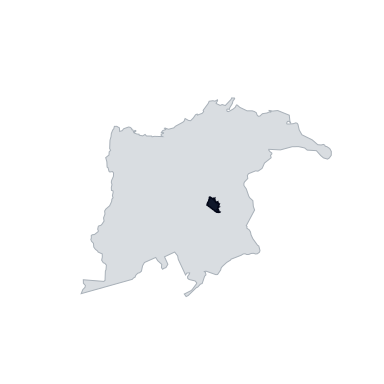 Orocué, Casanare, Colombia shown in context, rotated 65°
{"feature_id": "7082276B28249229297744", "entity_name": "Orocué", "entity_type": "district", "adm_level": 2, "iso_a3": "COL", "parent_name": "Colombia", "parent_adm1": "Casanare", "projection": "robinson", "projection_center": [-71.616, 4.911], "detail": "fine", "context": "in_parent", "style": "filled", "palette": "ink", "viewbox_px": 384, "rotation_deg": 65, "n_neighbors": 0, "source": "geoboundaries", "source_scale": "gbopen_adm2", "svg_char_len": 6799}
<svg xmlns="http://www.w3.org/2000/svg" viewBox="0 0 384 384"><g transform="rotate(65 192 192)"><path d="M216.7,58.4L213.5,59.9L207.1,61.8L202.7,69.9L199.7,71.3L196.0,76.1L193.3,82.0L191.2,94.1L185.8,104.3L186.2,104.8L188.4,104.3L190.4,103.2L191.2,103.5L191.9,105.3L194.4,105.8L196.4,114.1L200.1,118.3L200.5,119.9L201.0,123.4L199.7,125.5L199.3,133.1L200.5,134.9L203.3,135.7L205.2,140.4L206.4,141.5L208.1,142.2L212.2,141.5L219.7,142.3L221.4,142.2L225.6,140.5L230.9,142.5L234.8,142.9L245.5,157.1L246.5,156.7L247.9,157.6L250.6,156.1L252.9,155.9L255.9,156.6L260.0,156.6L268.0,155.1L269.2,154.3L273.7,155.1L275.0,156.2L275.6,158.8L275.1,160.5L273.6,162.1L272.7,164.3L272.6,166.9L271.8,168.8L270.4,170.0L269.8,171.8L270.1,174.2L269.4,185.0L270.0,185.9L270.5,190.3L272.3,196.0L273.2,197.7L274.8,199.0L277.6,203.7L277.0,205.3L269.7,212.7L269.3,214.4L270.7,213.8L273.0,214.4L273.7,216.2L279.2,221.4L279.1,223.4L280.7,227.2L280.4,228.1L284.2,239.1L284.3,241.5L281.2,242.1L281.0,234.7L280.6,233.2L277.0,226.6L276.3,226.1L273.9,226.8L270.0,231.7L268.2,232.4L266.7,231.7L265.2,228.9L264.3,228.3L263.3,230.8L264.5,232.9L247.2,232.9L243.8,232.0L239.1,233.1L239.1,244.3L247.3,244.4L249.5,247.6L249.3,250.2L249.7,251.2L247.7,251.7L244.8,250.0L239.8,252.1L236.0,252.6L235.8,264.9L238.0,268.0L242.4,271.3L243.0,273.5L242.7,275.6L243.8,278.3L245.2,279.7L245.2,281.3L245.9,283.1L237.3,335.4L234.3,332.2L233.2,329.3L231.7,328.1L228.8,329.0L225.6,327.6L235.7,309.8L235.4,308.2L227.0,303.9L226.1,302.8L222.1,300.5L219.9,301.1L218.6,302.3L215.6,302.7L213.1,300.8L210.2,299.5L206.7,302.5L205.6,302.5L203.1,303.8L200.4,304.3L196.9,303.0L194.1,303.9L192.1,303.7L191.4,302.8L188.9,301.7L188.6,300.5L189.3,298.3L188.3,294.0L187.8,293.3L185.9,293.2L183.7,291.6L183.3,290.7L183.7,288.9L183.3,287.5L181.2,284.0L178.1,283.1L175.2,280.2L172.3,279.2L171.0,277.2L169.7,272.5L166.7,268.9L164.6,267.6L163.9,266.0L161.7,265.7L158.7,263.4L157.4,263.2L156.5,264.3L153.8,263.2L151.5,261.4L149.0,261.0L147.5,259.9L144.6,256.6L141.5,255.0L139.8,255.5L139.2,258.0L138.1,258.5L134.6,257.8L134.0,258.4L133.0,258.2L128.7,256.4L124.4,255.7L123.4,251.6L120.6,250.1L119.8,248.1L117.9,248.3L110.5,244.5L107.5,241.9L104.9,240.4L102.2,237.5L101.8,236.3L99.7,234.6L100.7,232.4L103.2,230.7L106.5,232.0L106.9,229.4L105.8,227.1L106.3,222.0L107.2,220.8L109.0,219.8L110.1,220.2L110.8,219.3L113.5,219.7L114.3,219.3L116.3,217.3L117.2,215.6L118.2,215.8L120.3,213.0L120.0,210.2L122.0,209.6L124.2,205.0L125.1,204.9L125.6,202.7L129.4,195.2L128.0,196.1L126.5,195.5L126.8,193.0L126.3,192.7L125.1,194.6L124.0,192.6L124.3,189.4L122.6,190.0L122.7,189.3L125.2,186.8L126.2,181.3L125.4,179.3L124.9,170.9L124.5,169.3L122.5,167.2L125.7,164.9L126.8,163.1L125.4,159.4L123.5,156.2L123.5,154.4L124.6,154.5L125.0,149.4L124.0,147.4L122.7,147.4L118.5,139.7L117.0,138.1L118.1,134.5L119.4,132.8L119.2,130.0L120.0,130.2L121.8,132.7L122.5,132.3L125.4,129.9L125.5,127.7L127.7,125.3L124.6,117.5L123.5,116.3L124.8,113.8L125.5,113.9L126.8,116.4L128.8,118.0L131.7,122.3L133.0,123.3L132.0,124.3L131.9,125.3L132.3,125.9L133.9,126.0L134.6,124.8L134.2,119.5L133.5,116.9L131.9,115.0L132.4,114.2L135.5,112.9L141.7,107.8L143.9,103.1L145.5,101.4L147.4,100.2L149.6,100.5L151.4,99.9L151.9,98.4L150.8,95.1L152.1,90.6L152.1,88.3L152.9,86.9L152.6,86.4L150.4,88.0L152.7,84.8L154.4,79.9L163.5,71.4L169.4,73.4L171.3,73.3L168.8,74.4L168.4,75.6L169.3,76.9L170.2,77.3L170.9,76.5L172.9,71.4L173.2,68.7L174.1,67.7L175.4,67.4L181.1,68.6L186.6,68.2L195.6,61.0L202.3,58.0L204.0,55.0L204.4,52.8L205.6,51.9L206.9,51.9L207.7,50.7L210.8,48.8L214.1,48.6L217.6,50.3L219.2,53.2L219.5,55.2L216.7,58.4ZM113.6,218.8L113.2,219.2L112.4,218.5L112.1,217.6L112.6,217.0L113.2,217.2L113.6,218.8Z" fill="#d9dde1" stroke="#a8b0b8" stroke-width="1"/><path d="M211.5,183.2L211.8,183.1L212.2,182.7L212.4,182.7L212.5,182.6L212.9,182.1L213.1,182.0L213.7,182.0L213.7,181.9L213.8,181.7L214.1,181.6L214.3,181.5L214.8,181.4L215.1,181.2L215.5,180.9L215.7,180.7L215.8,180.7L215.9,180.8L216.3,180.7L216.6,180.5L216.9,180.2L217.1,180.0L217.2,179.9L217.3,179.9L218.0,179.6L218.4,179.6L218.6,179.5L218.9,179.3L219.1,179.2L219.3,178.9L219.6,178.8L219.9,178.6L220.0,178.6L220.2,178.3L220.4,178.3L220.5,178.1L220.8,178.1L221.0,177.8L221.0,177.5L221.3,177.2L221.4,176.9L221.6,176.8L221.6,176.5L221.8,175.9L221.8,175.7L222.1,175.5L222.1,175.3L222.0,175.1L221.9,175.2L221.8,175.3L221.7,175.6L221.6,175.8L221.5,176.0L221.5,175.9L221.5,176.0L221.4,176.0L221.2,176.1L221.0,176.4L220.9,176.3L220.8,176.2L220.8,176.3L220.7,176.3L220.6,176.2L220.4,176.1L220.2,176.2L219.9,176.1L219.7,176.1L219.4,175.9L219.4,176.0L219.2,176.0L218.9,176.2L218.7,176.2L218.6,176.3L218.6,176.2L218.5,176.3L218.4,176.4L218.3,176.2L218.2,176.0L218.0,175.7L217.9,175.7L217.8,175.4L217.6,175.3L217.4,175.2L217.2,175.2L216.9,175.1L217.0,175.0L216.9,174.8L217.0,174.7L216.9,174.5L217.0,174.3L217.0,174.2L216.9,174.0L216.9,173.9L216.8,174.0L216.7,174.0L216.4,174.0L216.3,173.9L216.2,173.8L215.9,173.7L215.7,173.5L215.4,173.6L215.2,173.4L215.1,173.2L215.0,172.9L214.9,172.9L214.7,172.7L214.7,172.8L214.6,172.7L214.4,172.7L214.4,172.8L214.4,172.7L214.4,172.8L214.2,172.8L214.2,172.7L214.2,172.8L213.9,172.8L213.9,172.7L213.7,172.7L213.7,172.8L213.5,173.0L213.4,173.1L213.3,173.3L213.1,173.2L213.1,173.3L213.0,173.2L212.9,173.2L212.8,173.3L212.7,173.3L212.4,173.4L212.2,173.4L212.2,173.1L212.0,172.9L211.9,172.9L211.7,172.8L211.7,173.0L211.7,173.5L211.8,173.6L211.7,173.8L211.8,174.0L212.0,174.3L212.0,174.5L211.9,174.6L211.6,174.5L211.3,174.4L211.2,174.5L210.9,174.5L211.1,174.9L211.1,175.0L211.0,175.3L210.9,175.5L211.0,175.3L210.8,175.1L210.7,175.0L210.5,174.8L210.4,174.9L210.0,174.9L209.9,174.9L209.7,175.0L209.5,174.9L209.3,174.7L209.1,174.6L209.0,174.8L208.9,174.9L208.9,174.6L208.6,174.5L208.3,174.5L208.0,174.3L207.8,174.2L207.3,174.3L207.2,174.2L207.2,174.3L207.1,174.5L207.0,174.8L207.0,175.0L206.9,175.3L206.7,175.4L206.8,175.6L207.0,175.7L207.1,175.8L207.3,175.9L207.4,176.0L207.2,176.1L206.7,176.1L206.4,176.4L206.2,176.5L205.8,176.8L205.6,176.9L205.5,177.0L205.4,177.0L205.2,177.1L204.9,177.5L204.5,177.6L204.3,177.7L204.3,177.8L204.1,178.1L204.2,178.3L204.2,178.5L204.4,178.5L204.5,178.5L204.8,178.5L205.0,178.5L205.0,178.4L205.1,178.5L205.2,178.8L205.3,178.9L205.4,179.0L205.5,179.0L205.6,179.3L205.7,179.2L205.8,179.2L206.0,179.2L206.1,179.3L206.3,179.4L206.3,179.6L206.4,179.9L206.5,180.1L206.7,180.3L206.8,180.3L206.9,180.5L207.0,180.6L207.3,180.8L207.5,180.9L207.6,181.0L207.8,181.3L207.9,181.5L208.0,181.8L208.0,182.0L208.3,182.1L208.4,182.3L208.4,182.2L208.4,182.3L208.5,182.5L208.8,182.7L208.9,182.8L209.0,182.9L209.0,183.0L209.4,183.3L209.4,183.2L209.6,183.2L209.7,183.3L209.8,183.3L209.8,183.2L209.9,183.3L209.9,183.2L210.0,183.2L210.0,183.4L210.3,183.3L210.7,183.4L210.9,183.2L211.2,183.2L211.5,183.2Z" fill="#0f172a" stroke="#020617" stroke-width="1.5"/></g></svg>